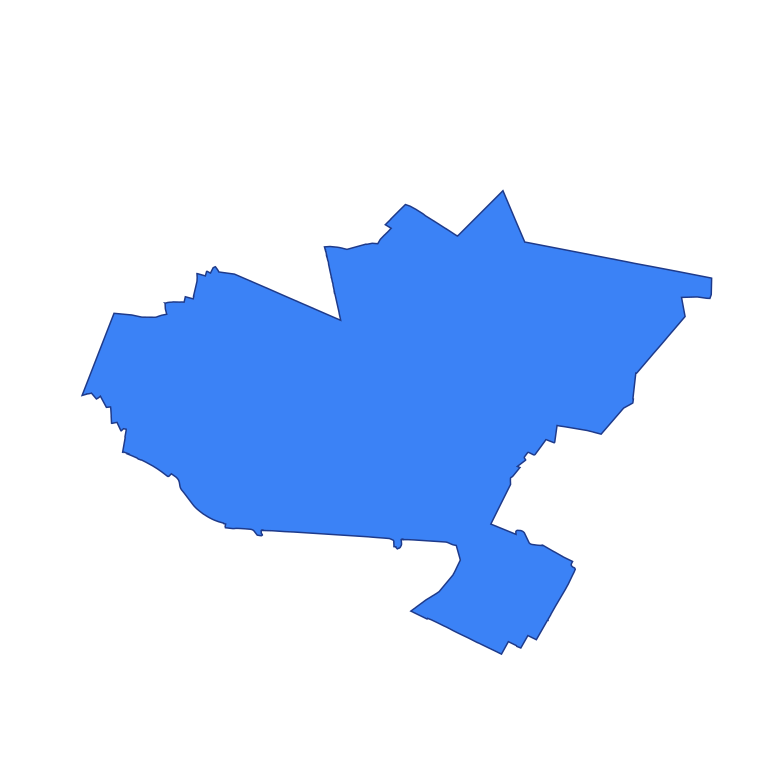 Rucphen, Noord-Brabant, Netherlands (Equal Earth projection), rotated 198°
{"feature_id": "6326949B79033255924519", "entity_name": "Rucphen", "entity_type": "district", "adm_level": 2, "iso_a3": "NLD", "parent_name": "Netherlands", "parent_adm1": "Noord-Brabant", "projection": "equal_earth", "projection_center": [4.569, 51.521], "detail": "fine", "context": "isolated", "style": "filled", "palette": "blue", "viewbox_px": 768, "rotation_deg": 198, "n_neighbors": 0, "source": "geoboundaries", "source_scale": "gbopen_adm2", "svg_char_len": 5931}
<svg xmlns="http://www.w3.org/2000/svg" viewBox="0 0 768 768"><g transform="rotate(198 384 384)"><path d="M490.4,198.3L482.9,199.8L481.6,200.3L480.1,201.0L479.1,201.3L477.4,201.8L471.6,203.3L466.1,204.6L465.3,204.7L464.9,204.7L464.0,204.7L462.6,204.3L461.4,203.5L457.9,201.1L455.1,201.5L453.7,201.8L453.0,202.7L453.3,203.4L454.4,203.8L455.1,205.5L455.4,206.4L455.5,206.7L455.4,207.0L455.2,207.3L454.7,207.5L454.5,207.1L453.7,207.3L453.8,207.7L453.6,207.7L453.0,207.7L452.7,207.6L444.6,210.0L433.0,212.9L423.9,215.4L351.8,233.8L349.1,234.4L344.0,235.6L336.7,237.4L331.6,238.6L331.2,238.7L330.5,238.7L327.5,238.4L326.8,238.2L326.4,237.9L326.0,237.4L325.8,236.6L324.7,233.7L324.3,232.4L322.4,232.8L322.3,232.4L320.4,231.3L319.2,232.4L319.1,232.5L318.8,232.6L318.5,232.9L318.3,233.3L318.0,234.0L317.8,235.5L317.7,236.0L317.8,236.8L317.8,237.1L318.6,239.1L319.5,241.1L319.6,241.4L319.5,241.5L319.4,241.7L319.1,241.9L318.8,242.0L318.6,241.6L317.7,241.8L317.9,242.3L317.5,242.3L317.1,242.3L316.9,242.3L316.8,242.2L313.4,243.3L307.6,244.9L276.8,252.7L275.7,252.9L274.3,252.9L273.2,252.8L270.5,252.5L268.6,252.4L266.8,252.6L265.4,252.8L258.2,242.0L257.0,240.1L258.0,232.9L258.6,228.3L259.1,225.2L259.3,224.7L259.3,223.9L267.4,203.6L269.3,201.1L277.4,191.6L288.1,176.6L288.3,176.3L270.4,173.8L270.2,174.0L270.1,174.6L266.4,174.4L260.3,173.6L252.1,172.4L251.0,172.3L248.7,172.0L241.9,170.8L238.6,170.3L233.6,169.6L225.1,168.5L215.2,166.9L215.1,167.0L213.4,166.8L188.8,163.4L186.1,177.4L177.2,176.1L176.7,175.5L172.3,175.2L169.4,189.2L160.1,187.9L155.6,209.5L154.9,209.8L155.1,210.2L155.2,210.6L155.2,211.1L154.1,216.1L154.1,216.7L152.2,226.0L148.0,244.9L147.2,249.3L147.0,250.0L145.6,260.5L145.1,263.7L144.9,266.3L144.8,266.6L144.9,266.9L145.1,267.2L145.3,267.4L145.6,267.7L145.8,267.9L146.5,268.1L147.0,268.1L147.7,268.2L148.3,268.4L149.0,268.8L149.4,269.0L149.7,269.2L149.9,269.6L150.1,270.1L150.2,270.6L150.2,271.1L149.8,273.5L157.1,274.5L159.9,274.9L169.9,277.0L170.4,277.0L183.4,279.8L183.6,279.7L182.6,279.5L188.3,278.1L193.8,277.1L194.8,277.1L195.6,277.2L196.8,277.7L204.6,285.9L206.1,286.6L207.0,286.8L208.6,286.9L212.1,286.0L212.8,285.2L213.0,284.3L212.0,281.8L239.1,283.8L236.8,299.6L232.6,327.6L233.9,331.1L234.5,333.1L234.6,333.9L234.5,334.2L233.7,335.0L233.0,336.1L232.5,337.3L229.9,344.0L229.2,345.9L228.9,346.6L231.7,346.8L225.9,355.2L225.8,355.5L226.0,355.8L227.4,356.8L227.6,357.0L227.8,357.3L227.9,357.7L227.9,358.0L226.4,362.5L226.1,363.3L225.5,363.6L224.9,363.6L220.2,362.9L219.5,362.9L219.0,363.1L218.8,363.3L218.5,363.7L217.9,365.5L215.4,373.0L213.3,379.4L213.1,380.2L212.9,381.1L212.5,381.2L204.3,380.7L204.0,380.7L203.8,380.9L203.7,381.2L203.7,381.7L206.6,398.0L203.6,398.4L199.1,399.2L176.1,402.6L162.0,403.4L149.1,434.1L148.6,435.2L141.8,442.5L141.5,442.9L142.2,446.8L142.7,446.8L147.9,472.2L147.2,472.3L147.2,472.5L146.8,473.0L137.3,496.0L133.4,505.2L129.7,514.1L129.5,514.6L128.8,516.4L118.5,541.2L121.4,546.5L127.8,558.3L113.0,563.6L103.4,565.3L100.5,566.1L100.4,569.5L100.4,570.0L100.5,570.5L105.1,585.9L105.5,585.9L140.0,581.7L167.6,578.2L171.3,577.7L172.8,577.5L182.0,576.3L182.7,576.2L191.5,575.2L290.3,563.0L294.0,562.5L308.5,579.1L330.6,604.6L359.7,547.5L360.4,547.7L360.6,547.5L372.7,550.8L372.7,550.7L384.5,553.8L397.0,556.9L397.1,557.0L398.4,557.5L398.8,557.7L407.7,560.0L410.5,560.5L413.1,561.0L414.2,561.2L419.1,561.3L422.8,554.2L428.5,543.0L428.4,542.9L432.0,535.9L425.3,534.3L427.8,529.0L428.1,528.6L429.3,526.2L429.5,526.0L432.1,520.7L432.2,520.4L432.4,519.7L432.7,518.1L433.3,515.5L438.7,514.2L443.2,511.7L443.8,511.4L444.3,511.5L460.8,500.6L464.7,500.3L465.5,500.3L468.5,500.0L470.5,499.7L477.8,498.1L483.0,496.0L482.3,494.9L481.3,493.8L481.5,493.7L480.4,492.0L480.2,492.0L478.3,488.7L478.5,488.6L477.8,487.4L477.6,487.5L476.0,484.7L474.6,482.8L474.3,482.2L473.7,480.8L470.1,474.5L467.5,470.1L467.1,469.0L466.9,469.1L465.7,467.0L465.0,465.7L464.6,465.0L464.0,464.3L463.4,463.2L463.0,462.2L459.9,456.9L460.1,456.8L459.1,455.0L458.9,455.1L456.9,451.8L455.8,449.9L449.1,438.6L448.1,436.7L445.8,432.8L444.9,431.2L448.2,431.5L473.1,433.9L506.2,437.1L522.1,438.7L560.2,442.3L575.7,439.5L576.8,440.6L577.9,441.5L580.4,443.3L580.7,443.4L582.4,441.8L583.3,436.1L583.3,435.9L583.8,435.9L586.9,436.5L587.3,436.4L587.5,436.2L587.3,431.6L595.6,431.3L596.0,431.2L594.6,427.6L593.6,423.9L593.4,421.7L593.1,418.3L592.3,408.7L592.0,408.7L591.8,406.0L599.9,405.6L599.4,400.1L602.0,399.4L603.7,398.7L604.5,398.5L606.8,397.8L607.4,397.6L607.6,397.6L608.1,397.4L609.6,397.0L611.5,396.1L612.9,395.6L614.9,394.7L616.6,393.5L617.4,393.3L617.2,393.2L616.9,392.5L615.4,388.5L615.1,387.8L614.5,386.8L614.3,386.5L612.2,383.2L616.5,380.8L618.9,379.1L621.3,377.2L621.7,377.0L622.4,376.7L634.5,372.9L635.4,372.7L645.2,371.7L662.6,367.8L667.6,279.8L663.3,282.7L663.4,282.8L662.5,283.2L661.7,283.5L660.4,284.3L659.6,284.7L659.4,284.9L652.9,280.9L652.0,281.8L651.3,282.6L650.4,284.0L650.0,284.8L645.6,280.6L640.8,276.0L637.0,277.7L636.7,277.1L636.0,275.6L633.6,269.5L633.6,269.3L631.0,262.5L630.8,262.5L630.6,262.5L627.2,264.4L626.0,265.0L625.5,264.4L624.7,263.5L620.3,258.8L619.6,258.2L619.4,258.3L617.9,261.0L615.2,261.3L614.9,260.3L614.0,253.7L613.9,253.4L613.7,253.3L613.6,253.2L611.5,238.3L611.3,238.3L611.4,238.9L605.9,238.7L605.7,238.7L606.2,238.2L600.9,237.8L597.0,237.4L596.9,237.5L596.3,237.4L595.1,236.9L594.2,236.7L593.4,236.7L592.6,236.7L592.0,236.6L591.1,236.8L586.4,236.1L583.8,235.6L578.5,234.6L573.3,233.3L568.7,231.9L565.8,230.9L561.6,229.4L560.9,229.3L560.1,229.7L558.5,232.9L554.3,231.6L553.0,231.2L551.6,230.5L550.4,229.7L549.4,228.8L548.6,227.7L548.2,227.1L546.5,223.8L546.0,223.0L545.4,222.2L544.7,221.5L543.9,220.8L540.9,218.9L528.7,210.4L526.7,209.1L524.6,208.0L522.9,207.2L520.1,206.1L517.9,205.3L515.6,204.5L513.2,203.9L510.8,203.3L508.3,202.8L505.9,202.4L503.2,202.1L498.9,201.9L493.6,202.1L493.4,201.7L491.3,201.9L491.1,199.5L490.4,198.3Z" fill="#3b82f6" stroke="#1e3a8a" stroke-width="1.5"/></g></svg>